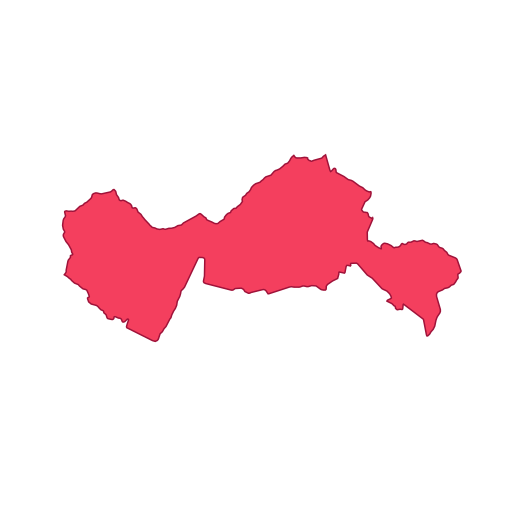 map outline of Midlands (Robinson projection), rotated 296°
{"feature_id": "ZWE-527", "entity_name": "Midlands", "entity_type": "Province", "adm_level": 1, "iso_a3": "ZWE", "parent_name": "Zimbabwe", "parent_adm1": "", "projection": "robinson", "projection_center": [29.518, -19.087], "detail": "fine", "context": "isolated", "style": "filled", "palette": "rose", "viewbox_px": 512, "rotation_deg": 296, "n_neighbors": 0, "source": "natural_earth", "source_scale": "10m", "svg_char_len": 6113}
<svg xmlns="http://www.w3.org/2000/svg" viewBox="0 0 512 512"><g transform="rotate(296 256 256)"><path d="M335.2,234.0L339.8,235.2L341.3,236.0L342.6,237.4L344.7,239.1L348.4,240.8L351.3,241.8L353.1,243.6L353.7,243.9L356.4,244.5L358.7,244.5L360.5,244.8L363.0,245.9L361.9,248.0L361.8,249.0L362.1,249.9L363.8,253.3L365.9,256.3L366.7,258.5L366.7,259.5L365.7,260.0L365.3,261.4L365.2,262.1L365.4,263.0L365.3,263.8L365.5,264.4L367.5,266.2L372.8,272.2L375.2,272.9L377.4,274.2L365.5,284.8L364.6,286.0L365.5,286.6L368.1,287.3L368.8,287.6L369.3,288.3L369.3,288.9L368.9,289.7L366.4,291.4L366.2,292.2L366.0,300.2L365.1,305.4L365.7,308.3L365.7,310.4L364.2,318.3L364.2,322.0L363.2,325.1L363.0,326.9L363.2,329.7L363.9,330.5L364.1,330.9L363.9,331.3L362.6,332.0L360.1,332.7L359.0,332.7L358.0,332.6L355.4,331.9L352.5,330.2L344.4,330.4L343.6,330.9L342.7,332.9L342.6,333.4L342.9,334.3L343.2,334.9L343.3,335.7L343.8,336.7L343.7,337.2L343.0,338.3L341.0,339.9L340.8,340.4L340.6,341.8L340.8,342.5L340.5,343.9L341.5,344.1L341.1,344.5L340.0,344.8L326.3,345.5L319.4,349.0L318.8,349.5L318.5,350.0L319.0,350.7L319.3,352.8L318.7,356.2L317.7,358.3L317.2,362.3L317.3,365.1L317.5,365.4L318.1,365.1L319.6,364.1L320.9,364.2L322.3,364.7L323.4,365.4L323.9,366.1L324.6,368.9L324.6,372.9L324.0,375.3L323.9,376.3L324.2,376.9L324.9,377.4L326.1,379.6L327.0,380.5L328.7,381.3L330.4,381.4L331.2,381.8L331.4,382.2L331.3,383.8L331.7,384.8L332.2,385.5L332.9,386.1L334.4,386.5L335.2,386.9L336.3,389.2L338.8,391.2L339.2,392.1L339.6,394.3L343.1,398.7L343.1,399.9L342.7,401.9L342.7,402.6L343.1,404.1L343.1,407.1L343.6,408.5L345.2,410.2L345.8,412.9L345.7,414.0L344.5,416.1L344.2,417.3L344.6,419.9L344.5,421.0L343.6,422.9L342.9,425.9L341.6,427.7L341.2,428.7L341.7,435.9L341.5,437.4L340.8,438.5L332.4,446.9L331.6,447.0L329.9,446.5L328.3,445.5L327.6,445.6L325.4,447.0L324.4,447.3L322.1,446.8L320.5,446.8L317.6,446.3L316.8,445.8L315.4,444.3L313.0,443.4L312.0,442.7L311.2,441.9L309.5,439.7L307.3,438.5L303.9,435.5L302.7,435.0L301.7,434.9L300.7,435.0L298.8,436.0L288.8,445.1L287.1,446.0L285.4,446.2L281.2,445.6L279.8,445.6L277.2,445.9L271.3,447.4L267.8,447.4L264.6,446.5L261.9,446.3L260.3,445.7L259.4,445.3L259.1,444.5L260.2,443.5L272.2,434.5L272.6,433.9L277.3,410.3L277.3,409.6L276.7,409.6L273.2,410.9L272.4,411.0L271.9,410.7L271.3,408.8L269.7,406.7L269.6,406.2L269.8,405.3L270.2,404.3L271.3,403.6L271.8,403.0L271.8,401.8L272.6,399.7L272.8,398.7L272.8,393.5L273.4,393.4L274.0,393.6L276.8,395.8L277.6,396.1L278.9,395.1L280.4,393.1L281.0,391.7L281.9,388.9L281.8,384.9L281.9,383.5L287.0,370.2L287.7,364.3L293.3,351.3L293.6,350.3L293.6,349.4L291.0,344.5L290.3,344.4L289.1,345.3L288.4,345.2L287.9,342.7L287.3,341.7L286.1,341.6L280.1,343.2L279.4,343.0L278.1,337.8L277.2,337.8L275.9,338.4L271.6,339.2L267.2,335.8L261.7,332.7L259.6,332.4L258.2,333.1L256.7,333.6L255.8,333.3L254.9,331.4L254.4,329.4L254.5,328.2L255.4,323.5L255.3,322.7L253.8,319.0L251.5,316.5L250.8,315.3L250.1,312.3L249.4,311.0L247.4,309.1L246.7,308.0L244.7,303.8L243.9,301.2L242.7,299.6L227.7,284.1L227.3,283.4L229.2,280.1L229.4,279.4L229.4,278.2L229.2,277.5L228.6,276.6L221.0,267.5L219.9,266.7L219.2,265.5L219.2,261.6L220.5,259.5L220.7,257.3L220.4,256.4L217.9,252.0L217.3,251.3L215.7,250.5L215.0,249.8L214.5,248.7L209.2,222.8L209.2,221.0L209.8,220.1L210.7,219.7L215.3,218.5L230.2,211.6L231.0,211.0L231.4,209.9L231.3,209.0L230.9,207.9L229.8,205.5L229.2,205.1L228.4,205.0L196.6,205.4L193.8,204.7L192.5,204.1L191.4,204.0L189.1,204.7L186.2,205.2L180.8,205.1L176.9,206.3L173.4,206.5L170.6,206.1L166.2,206.1L163.2,206.6L161.6,206.2L153.1,206.0L150.4,205.2L146.9,205.0L144.0,203.9L139.0,204.6L137.9,204.6L136.7,204.2L135.1,202.9L134.6,200.1L134.9,171.4L135.3,170.9L135.7,170.6L138.1,170.1L142.6,169.5L143.0,169.3L143.2,169.0L143.0,168.2L142.6,167.9L139.7,166.9L138.8,166.2L138.4,165.6L138.3,165.0L138.5,164.5L140.0,162.9L140.4,162.0L140.4,160.9L139.9,159.5L139.8,156.4L139.6,155.7L139.3,155.3L138.8,155.2L137.5,155.6L136.9,155.5L136.1,155.0L135.6,153.9L134.9,150.9L134.8,149.9L135.4,149.0L137.4,147.1L137.8,146.1L138.1,144.5L138.7,143.8L139.5,143.3L139.7,142.9L139.8,142.3L139.7,140.1L140.4,138.1L141.4,135.8L141.5,135.1L141.6,134.2L140.6,128.9L141.4,125.7L143.7,123.4L144.4,123.0L145.2,123.3L145.8,123.9L146.2,124.0L146.6,123.9L148.8,121.7L151.1,118.9L151.2,117.5L150.7,115.2L150.7,114.5L151.6,110.6L152.4,108.9L152.1,104.7L153.2,100.8L153.9,99.6L154.0,98.3L154.8,95.5L155.1,91.9L157.8,92.4L159.0,92.2L160.0,91.6L168.6,89.3L170.0,89.1L173.2,89.8L173.8,89.7L174.7,89.1L175.2,89.2L176.7,90.5L177.2,90.5L177.6,90.2L178.6,88.7L180.6,87.3L183.9,82.7L185.7,78.9L189.0,74.5L189.9,73.8L191.1,73.4L193.6,73.6L194.4,73.0L195.6,71.1L198.8,68.7L203.5,67.1L205.0,66.9L207.4,67.3L208.6,67.2L211.7,64.7L212.1,64.6L212.5,64.7L213.4,65.7L214.1,68.1L215.3,70.2L215.8,71.6L216.8,73.1L217.5,73.7L223.4,75.9L225.8,78.1L228.2,78.8L230.1,80.3L235.4,82.4L236.9,82.5L239.2,82.0L239.8,82.1L240.9,82.7L242.3,84.1L242.9,85.4L243.6,88.5L244.1,89.9L249.8,97.1L251.2,97.9L252.7,98.4L253.3,98.9L253.5,99.3L252.7,101.4L252.1,102.0L250.0,103.7L248.3,106.8L247.0,108.0L246.4,108.7L246.3,109.2L246.5,110.4L247.9,112.0L248.1,114.8L247.8,117.2L247.8,119.6L247.5,120.7L246.8,122.0L245.1,123.5L245.2,124.7L246.4,126.2L246.5,126.9L246.0,128.3L243.8,130.7L243.0,134.3L241.5,136.7L240.9,138.2L240.0,140.0L237.7,146.1L237.0,147.4L236.7,149.0L236.3,149.8L236.3,150.5L236.9,152.9L236.9,155.1L237.6,157.6L238.3,158.7L239.8,160.5L240.0,162.2L240.4,163.1L242.6,165.4L243.9,167.9L246.1,170.5L249.1,172.5L251.0,175.2L251.7,175.6L253.9,176.3L265.6,184.6L268.8,186.3L269.3,186.7L269.6,187.3L269.5,188.5L268.4,192.2L268.3,194.2L267.3,195.4L266.9,196.3L267.2,201.4L267.1,204.4L267.5,205.9L268.2,207.1L268.7,207.6L271.2,208.6L274.5,210.8L275.4,211.2L277.1,210.7L279.7,211.2L281.1,211.7L282.2,212.3L283.9,214.0L285.9,213.9L287.8,214.8L288.6,215.0L289.2,215.5L289.9,216.8L290.4,217.2L292.1,217.6L295.4,219.3L299.1,219.9L300.5,218.8L302.5,218.3L303.2,218.4L306.0,220.0L308.2,220.2L310.7,221.6L313.0,222.0L315.7,221.9L318.6,222.8L320.8,224.0L324.0,227.2L325.9,227.9L327.8,228.9L329.8,229.4L331.5,230.2L335.2,234.0Z" fill="#f43f5e" stroke="#9f1239" stroke-width="1.5"/></g></svg>